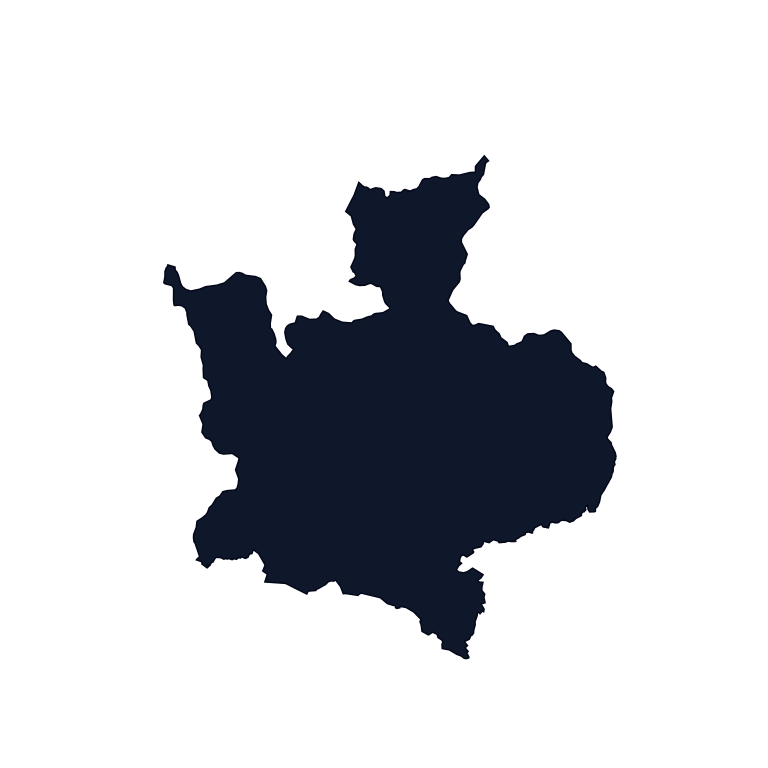 Cosna, Suceava, Romania (orthographic projection), rotated 30°
{"feature_id": "2599482B14560986081360", "entity_name": "Cosna", "entity_type": "district", "adm_level": 2, "iso_a3": "ROU", "parent_name": "Romania", "parent_adm1": "Suceava", "projection": "orthographic", "projection_center": [25.113, 47.426], "detail": "fine", "context": "isolated", "style": "filled", "palette": "ink", "viewbox_px": 768, "rotation_deg": 30, "n_neighbors": 0, "source": "geoboundaries", "source_scale": "gbopen_adm2", "svg_char_len": 6170}
<svg xmlns="http://www.w3.org/2000/svg" viewBox="0 0 768 768"><g transform="rotate(30 384 384)"><path d="M566.7,584.0L573.4,581.6L582.3,581.7L587.0,580.9L590.6,581.5L592.7,580.6L594.3,578.9L594.1,578.1L590.0,575.4L590.6,573.6L586.1,571.9L587.1,568.8L582.4,566.9L585.4,562.5L585.1,558.4L586.1,556.9L585.8,555.9L586.1,554.9L584.9,552.5L583.3,546.8L581.7,544.4L580.6,538.5L579.4,535.5L579.6,534.3L582.0,534.9L582.5,531.7L584.2,531.4L583.3,529.0L582.2,529.3L582.2,528.3L578.0,526.0L580.9,522.9L577.1,518.7L576.3,515.6L571.9,513.9L570.1,510.4L568.9,506.3L565.4,508.0L563.3,507.0L564.9,503.6L565.2,499.6L552.8,499.2L550.0,504.9L547.3,507.8L542.7,509.4L539.5,508.8L539.6,504.2L540.8,500.5L538.2,500.1L536.9,496.8L536.8,494.1L538.2,492.3L542.2,492.4L545.6,485.9L545.7,484.6L543.2,483.3L544.6,481.0L549.4,476.5L549.7,472.8L548.7,470.4L554.4,468.8L556.4,464.2L561.1,463.0L563.1,463.8L568.2,460.2L570.1,457.9L573.5,456.6L576.8,454.4L575.5,453.1L577.4,450.3L578.6,447.5L581.5,443.8L580.9,441.8L583.2,439.9L586.8,439.1L587.0,438.6L585.8,438.3L586.5,436.5L586.4,433.1L590.5,426.7L592.7,428.1L593.6,428.1L598.3,426.4L597.1,421.1L599.4,419.2L601.7,418.7L603.5,417.5L604.5,416.5L605.0,414.5L606.8,412.6L610.5,411.0L613.8,410.9L616.5,407.7L617.4,404.4L620.4,399.8L620.6,399.1L619.8,397.4L620.1,395.6L621.2,394.6L621.7,392.0L619.8,390.2L620.9,387.6L623.6,390.7L626.0,392.0L630.3,389.3L630.7,388.6L629.3,385.9L630.2,383.1L629.6,378.5L627.3,371.7L627.7,365.9L627.4,350.8L626.4,348.0L626.2,345.4L624.0,340.9L624.3,338.3L622.3,336.2L622.1,332.8L621.3,332.4L621.2,330.8L618.6,327.9L611.1,322.8L610.1,321.3L605.0,319.8L603.7,318.3L604.0,312.3L603.1,307.2L592.6,292.1L589.9,285.1L587.9,282.5L586.6,275.7L583.3,274.3L579.7,274.3L576.4,273.1L574.5,271.1L573.0,267.9L568.5,264.0L565.6,264.3L559.2,262.8L558.3,262.8L557.4,264.5L555.8,265.3L549.5,265.1L544.8,266.5L542.2,265.5L535.3,264.7L531.1,263.1L528.9,261.1L525.8,255.7L511.9,250.6L509.2,250.3L504.4,252.2L501.9,254.7L498.3,261.2L496.7,262.6L493.9,264.5L488.5,265.4L483.4,268.8L481.8,272.4L482.4,277.9L482.1,278.9L478.8,283.1L478.0,285.1L473.8,288.7L471.7,288.9L471.5,288.0L469.8,286.5L462.0,285.5L458.7,283.0L453.0,281.7L449.7,279.5L435.8,284.3L433.3,287.7L431.3,289.1L427.7,288.0L421.4,283.4L411.3,285.0L409.4,284.8L400.3,281.5L397.6,279.6L396.4,268.2L398.1,257.8L397.3,254.9L394.2,250.2L393.3,248.1L392.8,240.9L393.5,238.7L392.7,236.8L391.2,230.0L380.2,222.7L378.4,219.5L378.4,215.3L379.6,208.2L381.6,204.4L382.3,200.9L383.5,186.7L386.5,180.0L386.7,178.4L384.8,176.2L378.8,173.6L371.5,172.7L366.1,167.1L364.6,162.8L365.1,159.0L364.7,155.9L365.3,152.7L361.7,142.5L361.8,140.8L362.9,138.5L356.8,136.3L354.4,149.7L357.3,154.9L352.9,157.7L344.8,165.4L338.0,168.9L337.2,172.7L334.0,175.5L330.8,177.2L325.4,178.3L322.2,181.1L321.6,182.5L320.2,183.8L316.4,185.9L315.3,187.9L315.6,195.8L314.8,198.6L312.3,200.9L310.3,203.8L304.7,205.2L303.8,206.6L303.2,209.3L299.2,211.9L296.7,212.4L293.3,214.2L294.9,217.3L294.2,220.1L293.3,221.4L290.6,220.9L287.6,217.0L284.0,216.2L278.7,218.2L274.7,222.7L271.8,222.1L270.0,222.4L269.1,223.2L265.9,223.1L261.4,222.0L263.7,235.4L264.6,253.7L271.8,254.9L277.7,260.9L281.7,263.1L282.6,263.9L283.1,269.0L285.1,274.0L286.4,275.0L290.8,276.3L291.8,281.7L295.2,287.4L296.0,290.3L296.9,299.3L301.3,302.3L302.6,302.1L306.0,304.2L305.4,306.9L302.8,310.5L302.6,312.4L309.8,312.1L313.6,310.9L318.1,308.0L321.0,304.4L322.8,303.1L328.8,303.1L332.2,301.4L336.5,304.5L338.7,307.9L343.4,312.3L345.5,313.5L350.4,314.7L351.5,316.1L347.5,322.8L341.1,327.5L339.8,329.4L339.5,331.0L336.1,334.3L332.5,339.0L326.8,343.6L326.0,345.1L325.8,346.9L325.1,347.5L317.0,351.4L310.4,352.4L308.2,352.6L300.8,350.7L294.8,351.2L294.5,355.9L294.7,358.3L293.3,361.5L287.1,365.4L278.7,366.5L275.1,368.6L276.6,375.5L272.8,379.1L271.3,381.8L271.0,384.9L272.3,388.9L276.5,393.9L280.7,397.5L286.4,398.9L288.4,398.6L287.9,404.1L286.8,408.3L286.8,411.0L280.5,409.7L270.5,405.7L269.7,402.3L268.0,399.6L263.7,395.5L259.4,392.6L257.9,392.7L255.2,388.5L252.1,380.5L247.1,377.9L242.0,373.8L238.0,367.9L235.7,361.9L232.4,358.8L224.3,354.5L219.1,355.2L209.8,359.1L205.8,359.1L202.9,359.9L200.4,361.5L195.3,376.2L189.9,382.0L180.9,388.9L176.9,394.1L170.2,400.1L165.3,401.2L160.6,400.6L157.2,398.3L152.1,393.1L149.0,390.7L146.2,389.7L144.5,387.2L137.3,388.9L137.7,390.0L137.4,392.2L138.0,395.9L140.7,400.7L142.7,406.4L144.3,406.7L150.9,404.8L152.7,405.5L154.0,406.4L159.9,416.8L162.7,420.6L163.6,420.7L166.6,418.5L169.8,417.3L173.9,417.6L178.0,420.9L178.4,422.1L185.1,429.9L187.9,430.5L193.2,433.2L201.1,442.3L204.6,443.3L208.9,445.5L212.2,452.1L218.3,458.1L219.5,460.7L224.5,468.7L229.7,469.0L233.4,473.3L237.3,476.1L240.8,480.5L241.8,482.3L242.1,484.3L237.7,490.7L238.1,492.9L239.8,496.5L240.3,501.8L240.0,503.5L247.5,509.3L250.4,516.8L256.5,519.8L260.2,519.2L263.5,519.7L266.5,522.5L270.1,524.8L275.9,526.1L279.9,525.0L287.3,520.0L295.4,520.5L296.4,523.0L298.4,532.6L305.6,538.7L307.7,543.3L308.8,547.6L308.2,550.1L301.7,554.6L298.3,557.8L297.9,563.2L295.9,566.7L295.7,574.7L294.5,578.5L295.4,583.6L295.2,586.4L293.5,590.9L290.7,596.4L293.2,602.3L294.4,609.6L296.0,612.6L298.4,615.7L300.1,616.4L310.1,625.2L310.7,626.7L309.9,627.8L309.5,630.1L315.3,629.0L316.3,630.9L322.7,631.7L323.4,629.7L322.3,628.6L323.9,628.3L323.8,624.3L324.9,623.8L324.8,620.3L325.3,618.0L329.5,616.0L332.9,615.8L334.3,614.2L335.8,614.0L336.4,613.0L338.7,612.4L339.1,611.7L339.9,612.2L340.7,611.7L341.2,610.4L344.0,609.5L344.3,607.7L344.8,607.6L345.0,606.7L346.5,606.7L347.3,604.8L351.1,604.4L352.8,602.1L352.5,598.6L354.4,596.9L353.7,593.5L353.9,592.8L360.2,593.6L371.6,600.2L372.5,606.6L378.1,607.0L379.8,615.0L398.4,605.9L422.1,604.5L421.9,601.3L428.2,596.9L428.0,595.2L428.9,594.8L433.7,586.7L434.6,583.1L436.7,580.8L438.7,580.1L440.3,578.0L447.7,581.2L453.6,586.0L455.6,584.6L467.1,580.1L467.9,577.7L469.0,576.4L487.6,570.9L496.7,572.5L502.8,571.1L504.4,570.1L505.8,571.9L507.2,572.0L509.6,569.9L509.0,568.7L512.8,567.2L514.9,566.5L523.5,566.5L534.2,569.5L533.8,571.3L534.4,572.2L536.6,574.0L540.6,579.2L547.6,579.1L548.1,578.9L550.2,574.6L555.1,574.2L557.6,576.6L561.7,576.7L563.2,577.5L564.0,578.3L564.5,580.7L566.7,584.0Z" fill="#0f172a" stroke="#020617" stroke-width="1.5"/></g></svg>